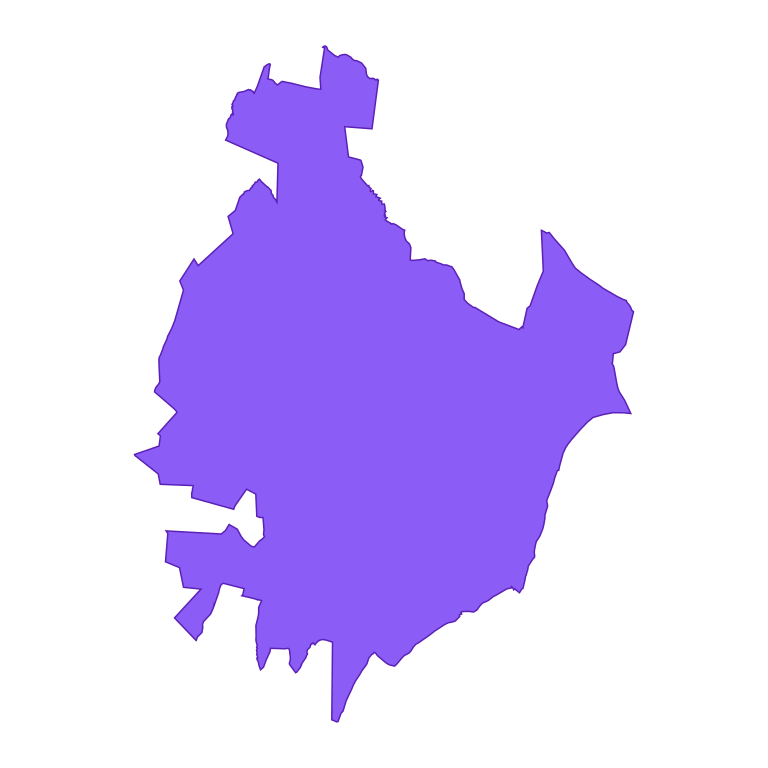 Jiquipilco, México, Mexico (Equal Earth projection)
{"feature_id": "50627088B46383700668676", "entity_name": "Jiquipilco", "entity_type": "district", "adm_level": 2, "iso_a3": "MEX", "parent_name": "Mexico", "parent_adm1": "México", "projection": "equal_earth", "projection_center": [-99.652, 19.592], "detail": "fine", "context": "isolated", "style": "filled", "palette": "violet", "viewbox_px": 768, "rotation_deg": 0, "n_neighbors": 0, "source": "geoboundaries", "source_scale": "gbopen_adm2", "svg_char_len": 6065}
<svg xmlns="http://www.w3.org/2000/svg" viewBox="0 0 768 768"><path d="M241.8,595.7L251.2,597.9L256.8,599.4L257.6,600.0L258.4,599.7L261.6,600.6L258.7,607.3L258.6,613.7L258.2,616.4L255.9,625.5L256.1,636.4L255.9,639.7L256.2,641.9L257.3,645.9L256.8,646.6L256.6,647.3L257.4,648.3L256.8,649.1L256.5,650.3L257.1,652.7L256.7,654.7L257.4,655.8L257.6,657.5L257.6,657.9L257.0,657.9L256.9,658.9L257.3,660.1L258.1,661.1L258.9,665.1L260.5,669.8L263.5,667.2L266.2,659.9L269.9,652.0L270.5,648.3L285.0,648.8L287.0,648.4L289.0,648.6L289.6,650.8L289.8,653.5L290.3,656.2L290.3,659.7L289.4,663.1L289.6,664.5L295.6,672.7L296.7,672.2L300.1,667.8L301.6,664.8L301.3,664.4L305.8,657.7L306.5,655.6L307.5,654.0L306.9,652.4L307.2,650.3L307.4,649.8L310.0,647.3L310.9,644.2L311.8,644.2L312.3,643.2L312.9,643.0L313.6,643.3L314.6,644.7L315.1,644.7L316.2,643.0L317.9,641.5L318.4,640.7L318.9,640.8L319.7,640.2L322.7,639.5L326.3,640.1L332.5,642.2L331.8,719.8L336.9,721.9L338.1,721.5L340.9,713.5L343.1,711.0L346.1,700.9L352.0,688.4L353.2,685.4L355.6,680.8L359.3,675.3L361.9,670.8L366.3,664.9L367.0,663.6L368.8,658.1L371.4,654.8L373.5,653.5L374.2,652.4L375.5,652.9L377.5,655.7L385.8,662.7L387.8,664.0L389.9,665.0L394.7,666.1L397.0,663.9L401.5,658.4L404.2,655.6L408.9,653.1L410.7,651.3L413.7,646.6L415.9,644.2L418.5,642.8L429.3,635.3L434.6,631.1L444.7,624.5L448.6,622.6L451.1,622.3L455.2,621.1L459.7,616.5L459.4,614.8L461.6,614.1L460.8,612.2L463.3,611.5L468.8,611.4L473.6,612.0L476.9,610.0L479.5,606.4L482.3,603.2L488.2,600.6L493.6,596.3L495.5,595.5L506.8,588.9L511.4,587.9L511.7,587.6L511.7,586.8L512.7,587.7L513.7,589.8L514.6,588.8L519.4,592.7L520.5,591.3L521.6,589.1L522.9,588.5L524.9,580.4L525.6,576.2L526.3,574.8L527.1,571.5L527.6,570.4L528.3,566.1L531.8,560.6L533.4,558.3L534.3,557.7L534.6,556.9L534.7,555.8L534.3,552.9L534.4,550.5L535.5,544.6L536.3,541.6L539.9,536.0L542.7,529.0L543.8,524.7L544.9,518.5L544.9,515.3L547.5,506.5L547.5,505.0L546.9,501.8L546.8,500.5L547.3,498.9L550.2,491.8L553.3,483.4L554.7,478.0L557.2,470.9L557.7,470.4L558.7,470.4L559.7,465.6L563.1,453.2L565.8,447.4L568.1,444.0L572.1,438.9L580.6,429.2L587.3,422.2L593.1,417.4L603.9,414.4L613.1,412.7L623.8,412.8L630.8,413.5L624.7,400.4L619.3,391.9L618.0,388.5L616.8,383.5L614.1,368.1L613.5,366.0L612.0,363.2L612.5,362.7L613.3,353.7L619.9,351.9L625.6,344.6L633.5,311.8L632.5,310.7L631.6,310.2L630.8,307.6L629.4,305.2L626.6,301.9L626.4,300.6L623.1,299.4L617.0,296.4L602.9,288.2L598.9,285.1L589.7,279.1L580.4,272.3L575.3,268.1L571.7,262.6L564.5,250.3L554.2,238.7L549.3,232.5L546.0,233.0L545.0,232.0L541.4,230.3L543.3,271.1L537.4,285.2L530.1,305.8L527.1,308.3L522.8,327.7L522.0,326.7L519.0,329.5L498.8,321.9L474.9,307.4L473.4,307.4L467.6,303.2L464.2,299.6L464.2,293.6L462.1,289.0L460.0,281.6L459.9,280.2L454.1,269.9L451.7,266.6L451.0,266.6L446.7,265.0L443.1,264.9L441.6,264.0L436.0,262.2L435.4,261.0L431.1,260.2L427.5,260.6L425.0,258.8L419.4,259.8L412.7,260.4L410.2,260.0L410.9,247.7L409.4,243.8L406.4,241.1L404.8,237.7L404.1,233.1L404.7,230.1L402.8,229.5L396.0,224.8L393.1,223.6L391.8,224.1L390.7,223.7L390.9,223.4L387.3,221.3L387.1,221.5L385.2,219.9L387.0,217.7L384.6,217.0L385.4,215.9L384.3,215.2L385.1,214.3L384.5,213.1L385.9,211.4L384.9,210.5L385.2,210.4L384.8,206.1L384.3,204.0L382.0,204.2L381.6,202.5L381.8,201.2L378.8,200.5L378.8,199.1L379.5,199.1L380.3,198.2L375.9,196.6L376.9,194.5L373.4,193.8L373.4,190.8L372.7,190.4L371.7,191.3L370.5,191.4L370.2,190.3L371.1,188.7L369.1,187.0L368.8,185.6L368.1,186.0L367.7,185.8L366.2,184.2L361.3,178.6L360.4,176.6L360.6,176.0L361.4,175.5L363.0,167.1L361.2,161.1L360.6,160.1L348.5,156.9L344.7,126.7L372.0,128.8L378.4,80.2L377.1,79.2L376.4,80.0L374.8,79.6L374.5,78.9L372.8,78.3L372.0,78.6L371.9,78.4L370.0,78.6L368.0,77.1L366.9,75.4L366.3,73.4L365.8,68.4L361.6,63.0L357.9,61.2L356.2,60.6L354.5,60.6L352.3,59.0L350.8,57.2L346.7,54.8L344.7,54.4L341.0,55.1L339.4,55.8L338.4,57.2L336.6,56.4L334.6,55.5L327.8,50.0L326.7,47.0L325.6,46.1L324.4,46.1L323.4,46.5L322.8,47.4L324.6,47.8L320.0,77.4L320.8,89.2L318.0,89.1L306.1,86.9L291.3,83.2L282.0,81.4L277.3,85.0L275.2,83.1L273.0,80.4L271.6,79.7L267.9,78.9L268.2,77.8L269.4,68.5L270.3,64.5L269.7,63.8L269.2,63.8L267.3,64.6L264.2,66.9L257.4,86.2L254.2,93.2L253.4,92.6L253.2,91.5L251.0,90.5L250.7,89.8L249.7,90.2L248.6,89.5L244.0,91.5L238.4,92.5L237.3,93.4L237.2,94.2L236.7,94.8L236.0,96.7L235.6,97.0L235.5,97.6L234.5,100.2L233.6,100.6L233.5,101.3L232.0,104.6L232.5,105.1L232.8,106.8L231.9,106.8L231.9,108.9L232.7,109.7L232.6,111.9L233.4,114.1L233.0,114.9L232.1,113.8L231.6,114.7L230.9,115.0L230.8,115.7L229.7,118.4L228.6,118.7L226.4,124.2L226.4,127.0L227.7,130.5L228.0,133.5L227.9,135.2L227.5,136.5L225.6,140.1L278.0,163.2L276.9,202.1L275.4,199.3L274.7,198.8L273.3,197.0L273.1,195.5L271.5,193.6L271.0,190.2L270.2,189.8L268.2,187.4L266.6,186.4L261.0,181.2L259.5,179.1L257.9,180.3L256.9,182.2L255.3,182.1L254.6,183.7L252.1,186.2L252.4,187.1L250.8,188.1L249.6,190.3L247.2,190.6L244.4,191.9L244.1,193.4L242.4,194.7L239.8,197.3L235.3,210.5L228.1,216.4L233.1,233.7L198.2,265.6L194.0,259.0L179.8,281.0L183.5,290.1L174.8,320.5L171.8,328.2L167.6,336.4L167.0,338.9L163.3,346.9L162.9,348.6L160.1,355.9L159.4,356.8L158.9,359.4L159.0,364.7L159.8,381.9L159.1,382.9L159.2,383.3L155.8,387.6L154.9,389.9L154.5,391.8L174.3,408.9L176.2,411.0L176.9,412.5L157.9,433.7L160.4,435.7L159.1,446.0L134.5,454.5L134.9,455.5L158.2,473.9L160.2,484.3L193.2,485.6L193.0,487.3L192.5,488.8L192.4,490.8L191.7,493.1L191.8,497.6L233.7,509.3L234.9,506.0L246.6,489.2L255.8,494.1L256.8,516.3L259.5,517.4L263.0,517.6L264.0,529.6L263.5,534.8L264.5,536.5L262.9,538.5L259.5,541.0L254.5,546.8L253.9,547.0L251.8,546.4L250.7,545.8L243.9,540.0L241.2,536.5L237.3,529.2L229.1,524.5L225.4,530.6L221.2,534.0L166.1,530.9L167.8,533.5L165.5,561.8L179.5,567.6L183.5,587.3L201.0,589.1L174.5,617.9L196.0,640.4L196.2,640.5L197.4,637.1L198.2,635.9L198.5,636.0L201.9,632.5L202.8,627.6L202.5,624.8L203.4,621.8L210.6,614.0L213.1,608.5L214.1,604.4L214.3,605.1L218.6,592.8L219.4,589.2L220.6,585.6L221.7,584.2L223.3,583.3L244.1,588.6L242.8,594.7L241.8,595.7Z" fill="#8b5cf6" stroke="#5b21b6" stroke-width="1.5"/></svg>